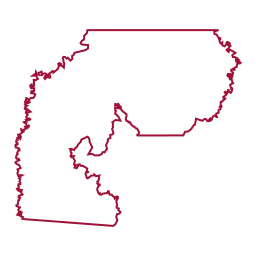 Candeias do Jamari, Rondônia, Brazil (orthographic projection)
{"feature_id": "56859067B4922236816200", "entity_name": "Candeias do Jamari", "entity_type": "district", "adm_level": 2, "iso_a3": "BRA", "parent_name": "Brazil", "parent_adm1": "Rondônia", "projection": "orthographic", "projection_center": [-63.36, -8.964], "detail": "fine", "context": "isolated", "style": "outline", "palette": "rose", "viewbox_px": 256, "rotation_deg": 0, "n_neighbors": 0, "source": "geoboundaries", "source_scale": "gbopen_adm2", "svg_char_len": 5663}
<svg xmlns="http://www.w3.org/2000/svg" viewBox="0 0 256 256"><path d="M35.9,73.3L32.8,75.7L36.0,75.5L37.9,79.0L34.9,80.5L34.5,79.8L33.7,79.9L34.2,85.5L33.5,86.4L32.4,87.4L31.7,84.4L30.4,85.3L30.2,86.2L31.1,88.2L34.3,88.4L33.9,91.3L32.9,91.8L32.4,91.1L31.4,91.2L30.9,92.6L31.2,93.3L33.2,93.3L35.3,94.3L34.5,96.4L33.0,98.1L31.2,97.8L29.3,99.2L29.3,100.7L27.1,98.3L26.3,98.1L25.9,100.6L25.1,101.3L25.1,102.3L26.2,102.7L27.2,101.5L29.2,102.5L24.9,104.3L25.5,105.4L26.9,105.9L25.3,106.8L24.7,108.7L26.8,110.0L27.0,109.0L30.5,111.7L27.2,112.6L26.1,111.8L25.8,112.8L27.7,114.7L26.2,116.9L27.0,118.5L29.5,118.5L30.3,119.2L29.8,119.9L25.9,119.8L26.7,121.6L23.9,122.1L24.4,122.8L25.5,122.2L26.7,125.7L27.7,126.4L28.7,125.6L29.0,126.4L27.9,127.7L26.6,126.4L25.0,126.7L26.1,128.7L24.5,129.1L23.5,131.8L22.6,131.9L22.2,129.8L21.2,129.4L22.0,132.7L19.5,134.7L18.1,134.7L18.4,136.0L19.4,136.4L20.3,135.8L20.9,136.4L20.3,138.9L18.5,137.6L17.2,138.0L17.8,139.8L16.6,140.0L16.1,141.9L17.5,142.9L17.6,144.3L16.9,144.8L16.5,144.2L15.4,145.1L15.7,147.4L18.4,148.1L19.4,148.9L19.5,150.4L18.2,150.4L17.1,153.2L17.7,154.1L16.5,155.3L16.0,157.8L17.1,158.9L18.7,158.8L19.4,160.0L15.5,162.1L15.5,162.8L17.1,164.2L19.2,165.1L20.6,168.0L17.5,169.4L18.3,170.9L17.4,173.7L18.4,176.0L20.6,175.0L22.0,175.3L19.8,176.5L19.1,178.2L20.4,178.5L19.4,181.3L20.4,182.6L20.3,184.2L18.7,184.1L18.1,185.5L18.9,186.6L18.6,187.8L16.9,188.8L17.7,190.0L18.8,189.5L18.8,190.8L19.9,191.4L20.7,189.8L21.9,190.0L21.6,190.9L20.8,191.0L21.5,193.4L22.5,194.5L18.8,195.9L18.6,197.5L20.0,197.8L19.1,200.2L18.3,200.3L17.7,204.6L17.3,205.5L16.5,205.3L16.5,206.1L19.9,207.4L18.2,209.9L19.1,211.5L18.8,212.7L20.4,211.6L21.1,211.9L20.9,213.4L19.1,214.2L18.0,213.8L17.3,214.8L19.6,215.3L21.3,213.9L20.7,216.3L22.9,217.0L22.3,218.8L24.9,219.2L113.2,225.9L115.3,224.3L117.4,220.4L116.2,216.8L117.1,214.1L119.5,213.6L120.5,212.0L118.4,210.2L118.8,208.5L117.0,208.0L116.5,206.6L117.2,205.4L116.3,201.1L118.0,198.1L117.9,197.0L117.4,196.5L116.1,196.9L116.0,197.9L114.8,198.7L114.5,197.0L112.7,196.2L111.8,194.7L109.6,194.6L108.7,191.2L107.8,191.4L107.4,193.0L102.6,193.7L101.2,194.7L99.9,194.4L99.8,193.3L99.0,193.7L98.5,193.3L97.1,189.4L98.2,186.5L99.9,185.0L99.6,184.3L98.0,184.3L97.3,183.5L97.9,182.7L97.3,181.8L98.8,180.1L99.1,177.5L98.6,176.5L99.2,175.6L95.9,176.2L94.3,174.4L94.0,175.4L90.9,175.7L89.7,177.2L88.8,177.3L87.9,178.3L86.9,178.1L85.5,173.7L86.2,172.0L87.6,172.5L88.2,172.0L86.9,170.8L87.3,168.7L86.1,167.7L82.7,165.8L81.1,165.9L79.8,164.4L78.1,164.5L77.6,165.3L78.4,165.4L78.3,166.2L77.4,166.6L76.7,168.2L74.5,167.6L75.2,166.1L74.3,164.7L75.1,164.5L74.2,163.8L74.9,160.6L73.0,157.5L73.8,156.1L72.3,156.3L71.5,157.2L70.9,156.8L70.5,155.9L71.4,154.6L71.6,153.0L70.9,152.6L70.5,150.8L71.0,150.3L70.0,149.0L71.3,148.8L74.2,150.1L75.4,147.8L76.6,147.4L78.2,144.4L80.8,141.7L81.4,139.6L87.4,136.7L88.7,137.7L89.5,139.8L89.6,141.6L92.2,147.5L88.3,154.4L91.9,153.8L94.8,155.4L99.0,155.4L101.5,154.2L102.8,152.1L104.8,152.3L105.9,150.1L107.1,149.1L106.0,145.2L108.0,141.1L107.7,139.8L108.3,138.8L110.4,138.0L110.2,135.0L112.2,134.5L113.5,133.2L112.1,128.9L113.1,127.3L112.7,125.5L113.1,123.6L112.3,122.3L115.5,120.0L120.4,120.6L118.3,116.5L115.1,113.6L116.0,111.0L115.2,110.4L115.1,107.7L119.1,108.4L119.2,107.7L117.4,105.7L115.1,105.4L115.2,104.0L117.1,104.5L118.0,103.8L118.8,104.4L118.8,105.5L120.8,106.8L120.9,109.1L122.3,111.0L126.5,114.2L126.5,116.5L125.7,118.3L126.4,120.8L128.4,121.5L128.6,122.4L129.7,122.1L130.7,123.1L130.6,123.9L133.2,126.5L133.9,126.4L136.2,128.5L137.1,128.6L139.2,132.4L138.4,134.1L137.2,134.9L137.6,135.5L183.3,135.4L185.1,131.8L188.1,131.5L191.1,129.2L193.9,125.0L195.0,124.6L196.0,118.7L202.3,120.8L204.7,118.9L206.4,119.4L206.9,120.7L207.8,121.2L209.5,121.0L209.5,120.3L208.8,120.1L210.1,118.7L210.7,120.4L211.3,120.2L211.1,118.7L211.9,118.9L213.0,116.4L214.8,115.5L215.8,116.0L216.3,113.5L218.6,112.8L218.5,110.2L220.4,109.2L220.5,107.5L221.3,107.1L221.4,106.2L220.0,106.5L220.6,105.4L220.8,101.8L222.3,101.6L223.1,100.1L224.3,99.7L225.2,98.5L223.3,97.7L223.2,97.0L226.1,95.0L226.9,93.6L225.8,94.0L224.7,92.2L225.3,91.7L226.1,92.2L228.3,91.8L228.0,90.1L228.7,90.1L229.4,92.1L230.8,92.8L231.8,91.3L232.2,88.7L231.3,88.9L231.5,87.9L230.8,87.5L230.1,84.8L233.1,83.1L232.3,82.3L231.7,79.5L229.9,79.3L229.5,77.1L227.9,76.3L227.4,75.4L227.9,74.0L230.6,73.9L231.5,75.0L230.7,75.6L229.3,75.3L228.8,76.0L230.7,76.5L231.4,77.7L232.1,77.3L233.1,72.8L231.2,70.9L231.1,70.0L232.6,69.0L233.5,69.9L234.5,69.8L234.4,67.7L236.7,66.9L237.4,63.1L238.3,62.7L238.6,63.4L239.8,63.5L240.6,62.8L238.8,61.5L236.3,61.6L235.8,59.7L238.6,59.7L237.2,58.2L234.7,57.0L232.9,57.1L232.3,55.1L235.4,52.8L229.6,49.5L228.6,51.9L226.7,50.3L226.7,49.6L228.6,48.7L229.2,46.8L230.5,46.0L230.2,45.3L228.0,45.2L227.2,43.8L228.9,44.4L229.7,43.3L228.0,42.1L227.0,42.1L226.1,44.7L224.5,46.3L222.3,45.2L222.3,42.4L220.7,43.4L220.3,43.0L219.1,39.6L220.4,39.0L220.3,38.1L218.4,37.7L216.5,34.4L214.5,34.1L214.2,31.5L218.6,30.1L87.4,30.1L87.0,32.9L84.2,35.8L84.0,39.5L82.1,40.6L80.5,42.9L81.4,44.2L82.7,44.6L88.1,45.0L88.0,48.4L85.5,50.1L74.5,52.8L73.5,55.2L72.1,55.9L72.3,59.0L70.3,60.6L67.9,57.8L66.8,58.7L65.2,57.1L63.4,56.9L62.8,58.5L63.5,60.4L63.4,61.9L64.3,63.3L63.8,67.6L61.6,65.5L59.8,65.5L61.1,64.0L59.4,63.0L58.2,63.9L58.9,66.1L57.9,68.9L53.5,72.5L53.5,71.5L52.7,71.0L48.6,74.1L50.2,75.7L50.3,77.5L49.5,77.8L47.0,76.8L45.0,79.0L44.3,78.1L44.8,76.5L45.6,75.8L47.5,75.5L45.5,73.4L43.3,73.6L41.9,75.3L41.2,75.1L41.9,73.9L41.5,71.6L38.8,72.9L38.8,74.9L36.2,74.1L35.9,73.3ZM215.8,116.0L216.4,117.1L217.0,117.0L216.8,116.4L215.8,116.0ZM35.9,73.3L36.4,72.5L36.0,71.9L35.9,73.3Z" fill="none" stroke="#9f1239" stroke-width="2"/></svg>